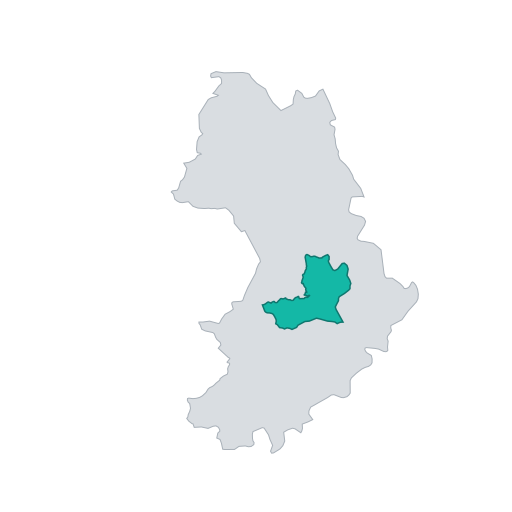 where Kouroussa sits in Guinea, rotated 62°
{"feature_id": "GIN-5647", "entity_name": "Kouroussa", "entity_type": "Prefecture", "adm_level": 1, "iso_a3": "GIN", "parent_name": "Guinea", "parent_adm1": "", "projection": "orthographic", "projection_center": [-10.311, 10.531], "detail": "fine", "context": "in_parent", "style": "filled", "palette": "teal", "viewbox_px": 512, "rotation_deg": 62, "n_neighbors": 0, "source": "natural_earth", "source_scale": "10m", "svg_char_len": 6968}
<svg xmlns="http://www.w3.org/2000/svg" viewBox="0 0 512 512"><g transform="rotate(62 256 256)"><path d="M308.9,329.8L305.0,329.3L303.3,330.1L298.3,336.0L295.2,338.3L290.5,337.6L288.8,338.0L287.5,337.4L289.3,334.1L291.7,327.6L297.9,321.0L298.1,319.7L295.5,315.9L292.9,310.6L292.9,305.1L292.3,301.0L286.9,299.9L285.9,299.2L285.7,297.8L288.8,290.9L289.1,289.5L288.7,288.2L285.3,284.6L280.0,278.0L271.0,264.5L267.7,261.6L264.4,257.5L263.2,254.8L259.9,253.9L228.3,253.9L227.7,257.5L216.9,259.8L210.2,257.0L202.8,258.5L199.1,260.3L196.3,268.2L194.7,269.9L193.1,273.4L191.6,275.3L189.9,279.2L186.4,284.8L182.6,288.3L176.3,290.2L174.3,296.0L172.8,298.2L170.3,299.9L167.7,301.0L162.6,299.8L159.7,300.8L159.2,299.4L160.9,294.7L159.6,292.3L154.6,287.5L154.2,285.1L152.7,282.1L146.2,275.9L140.1,276.2L141.9,271.0L141.9,264.1L139.8,260.3L140.4,256.5L139.3,256.7L137.2,259.4L134.0,258.5L127.4,254.3L124.1,250.3L123.7,246.9L123.0,245.6L121.0,246.3L116.8,246.1L104.2,240.0L95.4,224.7L95.3,221.3L96.7,215.4L96.4,213.8L92.2,217.7L91.4,215.1L88.4,208.9L87.5,205.4L84.5,203.8L82.1,203.5L80.2,204.6L77.6,211.7L75.8,211.6L73.9,210.1L74.4,204.8L79.3,198.2L87.7,181.6L90.7,177.8L92.5,176.5L96.4,176.4L103.9,174.3L113.1,169.2L120.1,169.7L128.4,169.1L139.3,165.7L139.6,154.4L139.2,151.9L135.4,149.6L133.2,147.7L131.3,145.2L129.0,143.4L129.1,141.5L133.9,139.2L138.3,139.2L139.8,138.3L140.9,136.7L142.2,132.7L142.7,128.4L139.9,122.7L140.1,118.6L155.9,119.3L164.6,120.6L171.7,120.9L172.8,121.9L171.8,125.8L172.7,128.2L175.1,128.8L179.1,126.1L181.2,126.7L185.6,130.2L189.7,131.1L194.2,133.0L198.4,134.1L202.2,134.0L205.0,135.9L210.3,136.6L217.2,134.2L222.6,133.1L230.1,132.9L234.0,133.7L245.5,131.8L254.6,132.9L253.2,134.3L249.0,143.3L249.5,144.9L258.6,152.5L260.8,153.1L263.3,152.0L267.3,148.5L270.4,144.7L273.4,142.9L276.9,143.0L279.7,145.7L286.2,157.0L287.9,158.4L289.5,158.4L292.3,156.3L293.8,153.8L299.9,146.4L309.2,142.7L331.6,151.2L334.8,151.8L336.8,151.2L339.5,146.1L347.9,141.8L351.9,140.6L354.2,140.4L355.1,139.1L355.5,137.0L355.1,134.9L352.5,131.1L352.4,129.9L353.9,129.2L357.0,128.6L361.2,129.0L365.9,130.6L369.7,133.0L371.8,135.8L376.1,147.7L380.8,157.1L380.7,169.6L382.8,170.8L385.1,171.3L386.2,172.3L388.5,177.5L390.6,179.0L393.2,179.3L398.1,182.6L401.2,183.9L401.6,184.9L401.5,186.2L400.3,188.0L395.7,191.5L393.4,194.4L388.7,201.5L388.5,202.9L389.5,203.8L391.5,204.0L393.6,203.5L398.0,200.9L401.4,201.8L404.8,203.7L406.0,205.8L406.3,208.5L405.6,211.9L405.5,215.8L406.6,222.4L408.4,229.0L410.2,231.4L421.3,237.2L422.4,239.4L422.9,241.8L422.2,245.2L421.0,247.1L415.0,252.3L414.1,254.8L414.6,259.3L415.1,278.7L417.6,282.0L420.4,283.6L427.1,282.7L426.9,288.0L426.1,294.1L430.0,295.9L432.0,297.7L433.1,299.4L426.9,302.7L425.2,304.6L424.4,309.6L424.6,314.3L432.9,317.5L436.1,321.4L437.6,325.4L438.1,333.0L437.4,334.8L435.2,334.8L431.0,330.2L424.6,329.8L419.8,328.9L411.8,329.6L410.5,331.0L409.6,341.1L411.5,342.8L415.3,344.7L417.8,345.5L419.9,345.3L421.5,346.5L421.9,349.8L420.8,352.3L418.7,354.6L416.1,360.4L416.7,365.8L412.2,374.4L411.0,376.1L405.0,374.4L401.1,373.9L398.3,376.1L394.4,372.8L393.7,370.2L392.3,369.6L389.6,369.6L387.2,371.1L386.2,373.8L385.7,379.3L381.3,384.5L378.3,391.0L374.7,390.4L374.0,391.2L370.2,392.9L366.9,393.4L366.1,391.7L364.2,390.3L362.1,387.5L359.7,385.3L355.1,383.8L353.3,384.5L351.1,384.3L349.7,383.4L349.9,382.1L352.3,378.7L353.6,375.6L354.4,372.2L354.3,369.0L353.1,364.4L351.0,360.8L350.5,358.7L350.7,355.7L350.2,353.0L349.6,351.5L348.6,346.3L347.4,345.3L346.7,341.1L346.9,336.8L345.1,335.1L342.3,334.0L340.6,332.3L339.6,330.4L338.6,329.8L337.8,330.0L337.0,331.1L336.1,331.4L334.4,327.3L333.7,327.2L332.6,328.1L319.7,332.6L318.1,328.8L315.6,328.1L311.3,329.7L308.9,329.8Z" fill="#d9dde1" stroke="#a8b0b8" stroke-width="1"/><path d="M325.1,270.4L323.2,268.8L321.8,268.2L321.4,268.1L318.7,268.0L316.2,268.1L315.4,268.3L314.9,268.5L314.7,268.6L313.9,269.3L312.6,270.8L311.6,272.5L311.1,273.1L310.8,273.3L310.4,273.6L309.5,274.0L308.9,274.1L308.5,274.1L302.2,273.3L302.6,272.1L302.7,270.9L302.7,270.1L302.3,267.7L302.3,267.2L302.4,266.8L302.5,266.6L302.7,266.4L302.9,266.3L303.3,266.0L303.8,265.5L304.0,265.3L304.5,265.1L304.7,264.9L304.7,264.7L304.5,264.3L304.4,264.1L304.3,263.7L304.4,262.0L304.5,261.6L304.7,261.3L305.0,261.2L305.7,261.1L305.9,261.0L306.1,260.9L306.8,259.8L306.9,259.4L306.9,259.0L306.9,258.8L306.6,258.3L306.4,257.8L306.2,257.4L306.1,257.2L305.9,256.2L305.9,255.9L305.4,254.9L305.3,254.3L305.3,254.0L305.4,253.8L305.5,253.6L305.7,253.3L306.1,252.9L306.4,252.6L306.6,252.1L306.7,251.7L306.8,251.2L306.8,250.1L306.9,249.7L307.0,249.5L307.3,249.5L307.8,249.5L308.0,249.5L308.3,249.3L308.5,249.2L308.8,248.8L308.9,248.6L309.1,248.5L309.7,248.1L310.7,246.4L310.9,246.2L311.4,246.0L311.7,245.7L312.0,245.3L312.4,244.5L312.5,244.1L312.5,243.7L312.4,243.5L312.2,243.1L312.0,242.9L311.8,242.4L311.5,241.6L311.4,241.4L311.4,241.0L311.3,240.5L311.6,239.0L311.6,238.6L311.5,238.2L311.5,237.7L311.8,237.4L312.8,237.6L313.4,237.7L313.8,237.6L314.1,237.5L314.4,237.0L316.0,233.7L316.2,233.2L316.0,232.8L315.8,232.6L315.7,232.2L315.7,231.7L315.8,231.4L316.1,231.1L316.3,230.7L316.7,230.1L316.8,229.7L316.7,229.5L316.6,229.3L316.5,229.1L316.4,228.8L316.2,227.5L316.0,227.3L315.6,227.6L315.6,228.4L315.5,229.3L315.2,229.6L314.0,230.5L313.7,230.7L313.5,230.8L313.5,231.2L313.4,231.5L313.0,231.7L312.8,231.5L312.5,230.5L312.3,230.2L311.2,229.3L311.2,228.8L311.8,228.3L311.1,228.0L309.8,228.1L309.0,227.9L308.5,227.5L308.2,227.2L307.8,227.1L305.9,227.5L305.5,227.6L304.6,227.5L303.1,227.4L302.6,227.2L302.5,227.6L302.3,228.0L301.9,228.2L301.4,228.3L301.0,228.4L300.4,227.6L300.1,227.5L299.6,227.2L297.3,224.7L297.0,224.4L296.7,224.2L296.3,224.1L295.2,224.0L294.7,223.8L294.6,223.6L294.4,223.3L294.3,223.0L294.4,222.5L294.4,222.1L294.3,221.7L293.9,221.3L293.3,220.5L292.1,219.4L291.9,219.2L291.3,218.0L291.1,217.7L290.9,217.5L289.6,216.9L289.4,216.7L288.9,216.1L288.7,215.9L288.4,215.9L287.7,215.8L287.4,215.7L287.2,215.6L286.8,215.3L280.2,213.2L279.6,212.7L279.1,212.3L278.8,211.8L278.6,211.4L278.5,210.9L278.6,210.4L278.9,210.0L280.2,209.1L280.8,208.7L281.3,208.5L281.9,208.4L282.2,208.1L282.5,207.6L283.0,206.5L283.3,205.1L283.5,204.7L283.7,204.4L284.4,203.6L284.5,203.5L285.0,203.3L285.3,203.1L285.6,202.9L285.9,202.4L286.4,202.0L286.8,201.7L287.1,201.6L287.4,201.3L287.7,200.7L288.5,199.0L288.6,198.5L288.2,197.9L288.2,194.2L288.5,192.1L290.8,191.7L293.4,193.1L294.2,194.4L295.7,194.8L300.3,194.8L304.3,194.6L305.9,193.2L305.9,190.0L303.1,183.5L303.8,181.4L307.0,180.1L310.8,180.8L315.9,184.8L321.3,184.6L324.8,185.2L326.4,187.0L329.0,188.4L329.7,190.3L330.6,195.4L331.0,201.6L332.2,203.1L334.2,204.2L335.9,206.7L338.2,209.9L340.7,210.4L355.2,210.2L354.2,212.3L353.9,213.9L353.8,216.1L351.2,217.4L349.5,219.7L347.0,223.5L341.6,229.1L339.3,231.8L338.5,239.5L336.8,243.6L336.8,251.4L338.1,253.7L337.7,258.7L335.7,260.2L334.0,262.4L333.8,265.1L332.0,266.4L330.3,268.8L326.7,269.4L325.1,270.4Z" fill="#14b8a6" stroke="#0f766e" stroke-width="1.5"/></g></svg>